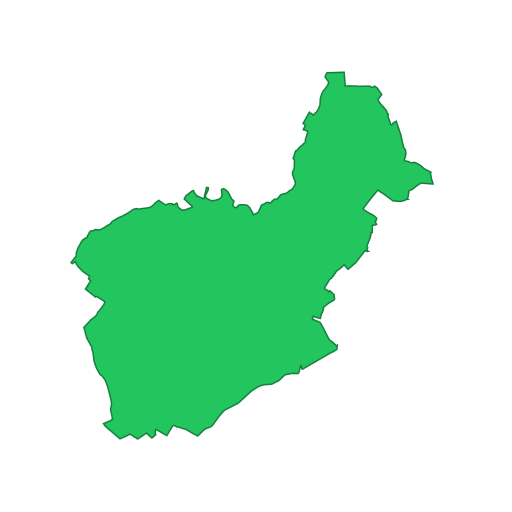 outline of Ganesti, Mures, Romania, rotated 75°
{"feature_id": "2599482B44077836388237", "entity_name": "Ganesti", "entity_type": "district", "adm_level": 2, "iso_a3": "ROU", "parent_name": "Romania", "parent_adm1": "Mures", "projection": "albers", "projection_center": [24.339, 46.342], "detail": "fine", "context": "isolated", "style": "filled", "palette": "green", "viewbox_px": 512, "rotation_deg": 75, "n_neighbors": 0, "source": "geoboundaries", "source_scale": "gbopen_adm2", "svg_char_len": 6107}
<svg xmlns="http://www.w3.org/2000/svg" viewBox="0 0 512 512"><g transform="rotate(75 256 256)"><path d="M250.7,129.7L248.1,131.3L245.7,133.4L244.1,135.4L239.3,139.8L238.0,140.3L230.0,129.9L223.8,121.2L227.0,118.7L228.2,117.4L230.6,115.4L238.2,109.4L239.6,105.4L240.2,104.3L240.3,103.8L240.2,103.5L240.6,102.4L240.8,101.0L240.7,100.4L240.8,98.4L240.6,97.3L240.3,96.5L240.5,94.4L239.9,94.9L237.0,93.2L232.6,91.3L232.1,87.8L229.8,82.6L228.6,78.9L228.5,77.8L228.3,77.6L229.1,75.5L232.3,66.3L226.6,66.5L221.1,66.0L220.4,65.3L215.1,71.1L212.2,72.8L209.4,75.3L206.9,78.2L206.4,79.1L206.5,81.1L205.9,82.6L204.7,83.7L203.9,84.8L202.9,87.3L202.2,87.6L201.5,87.6L200.4,87.3L199.1,86.1L197.0,85.4L196.4,84.8L192.3,84.1L189.1,85.4L187.3,85.1L184.6,85.2L177.1,84.7L162.1,85.7L162.9,88.5L163.4,89.6L163.8,89.8L164.3,90.6L164.1,91.4L163.9,91.8L161.3,91.9L156.3,92.4L154.4,92.1L153.6,91.6L153.1,91.6L152.1,92.2L150.5,92.3L149.0,92.6L144.8,94.4L143.3,95.4L140.1,96.8L136.5,97.8L132.7,92.8L125.2,95.4L122.6,97.5L123.6,99.3L122.3,101.1L121.1,103.0L118.8,112.5L117.7,115.3L117.4,116.9L116.6,119.2L114.9,125.8L101.3,123.3L97.4,140.0L99.4,142.0L100.1,142.5L100.8,142.8L101.7,142.7L105.8,141.1L106.5,141.0L107.5,141.2L108.4,141.6L109.8,142.8L113.0,146.7L113.3,147.4L115.0,149.3L117.0,150.9L120.7,153.2L126.2,154.9L129.1,156.8L130.5,158.1L132.5,160.1L133.7,162.6L134.8,164.5L132.7,165.5L131.7,167.1L131.0,167.3L140.1,176.2L142.6,174.4L146.1,177.6L146.5,177.4L146.8,177.0L146.6,176.6L146.9,176.1L149.1,173.9L151.0,174.7L156.7,178.4L158.5,178.6L159.2,179.3L159.4,180.2L161.0,182.8L161.9,185.1L162.5,186.2L165.0,189.9L164.7,190.5L171.4,194.9L173.1,194.0L180.4,196.1L181.3,196.4L184.2,198.8L185.5,199.4L186.9,199.6L189.7,199.4L194.5,198.9L196.2,199.2L197.3,199.8L200.1,202.9L201.2,204.6L201.4,205.3L201.4,206.3L202.8,209.2L203.1,210.2L203.2,212.8L203.1,215.2L203.2,216.2L205.5,219.4L206.4,221.1L206.0,223.8L206.6,224.7L207.1,226.1L208.4,228.0L208.4,228.7L207.4,230.4L207.0,232.3L207.8,234.1L208.1,237.0L208.5,237.7L213.4,241.6L214.3,242.5L214.6,243.3L215.2,246.2L215.4,248.0L213.5,248.0L212.5,248.2L211.3,248.7L208.2,249.4L207.1,249.9L206.1,250.5L204.7,251.5L204.3,252.0L202.6,257.0L202.4,258.4L202.4,259.4L202.6,260.0L204.1,262.3L204.1,263.2L203.5,264.0L202.3,264.9L201.2,265.2L200.3,265.2L197.5,263.1L197.1,263.2L194.5,264.8L187.4,266.3L185.7,267.2L183.7,268.5L183.0,269.4L182.6,270.3L182.5,271.1L182.7,271.7L183.0,272.2L184.9,272.6L188.1,272.9L189.0,273.4L190.4,274.5L191.3,275.9L191.4,276.6L191.7,280.1L191.6,281.9L191.4,283.4L191.1,284.4L190.2,285.9L187.8,288.6L186.8,289.1L185.8,289.3L184.9,289.2L184.1,288.9L180.7,285.8L179.6,285.0L177.7,284.4L177.0,286.2L179.5,287.3L184.6,290.2L187.2,291.4L186.5,292.8L182.8,297.2L183.0,297.6L178.8,299.1L176.5,299.5L176.6,300.7L179.6,307.9L182.3,310.6L192.1,304.5L192.5,305.6L192.8,307.4L192.6,308.6L193.1,312.1L193.1,314.5L192.7,314.5L192.6,315.3L191.6,316.4L189.6,318.0L188.5,318.6L187.4,318.8L185.8,318.5L184.4,318.8L184.7,320.3L185.3,321.2L185.2,321.8L184.7,323.2L184.0,323.2L183.2,325.5L183.0,326.1L183.1,330.4L177.0,335.6L178.9,340.0L179.4,340.8L179.8,341.0L180.3,341.6L180.5,342.8L180.9,343.4L181.5,345.4L181.6,347.4L180.8,352.9L180.5,356.6L180.3,357.2L179.7,358.3L179.3,359.3L179.2,360.1L179.2,362.0L179.5,363.4L180.8,366.9L181.6,369.4L183.2,376.3L183.3,378.5L185.2,385.2L185.6,386.2L187.5,388.9L188.1,391.9L188.9,394.1L189.5,396.0L189.8,397.6L190.3,398.9L190.4,399.5L190.0,401.4L190.0,402.6L189.4,402.9L189.1,403.8L188.8,404.7L189.2,405.3L189.4,406.9L189.1,408.6L189.2,409.7L190.3,411.1L191.4,411.5L191.5,411.9L192.5,413.2L194.2,414.3L194.5,414.7L194.6,416.4L195.5,418.3L195.5,419.0L197.5,421.5L198.4,422.1L200.9,424.7L201.5,425.1L202.6,426.4L203.6,426.6L204.2,427.3L206.5,428.8L207.6,429.2L208.6,429.2L209.3,429.6L209.8,430.1L214.4,436.3L215.9,435.5L215.3,433.7L214.9,431.9L216.3,431.8L216.9,431.5L217.5,431.6L219.8,430.6L220.2,430.6L222.5,429.4L227.1,426.5L229.6,424.4L232.2,422.0L234.8,423.7L237.1,422.1L243.8,429.3L254.2,421.6L253.7,420.5L261.1,413.7L261.6,413.9L262.4,414.8L263.4,415.3L265.0,417.6L265.6,417.9L269.6,423.6L271.4,424.8L273.1,427.4L274.8,431.8L278.3,437.3L280.3,440.7L291.5,440.7L302.0,438.1L302.5,438.1L303.3,438.6L307.6,438.5L315.6,439.6L318.6,439.5L323.0,439.1L329.9,437.4L330.3,437.2L331.5,436.0L336.2,434.0L338.3,433.6L344.1,433.1L358.5,433.3L362.4,434.1L366.7,436.3L371.2,436.4L376.7,436.9L376.8,437.9L377.4,439.2L378.4,446.7L380.8,445.9L382.8,444.7L397.4,434.7L396.2,427.2L395.4,424.1L397.8,421.4L399.7,420.1L400.3,419.2L402.0,417.9L402.1,417.4L398.7,407.6L403.9,404.4L404.6,403.9L404.7,403.3L402.6,399.0L401.5,399.2L400.9,399.2L397.4,397.8L397.4,397.7L406.4,388.6L398.6,380.6L398.6,378.4L400.3,377.0L402.3,373.3L403.7,371.4L404.9,369.1L405.8,368.1L410.9,363.1L413.8,359.9L414.6,359.2L414.6,358.7L413.7,356.9L410.6,351.5L409.8,349.3L409.4,344.5L409.1,343.5L408.3,341.8L401.2,333.1L397.3,327.2L396.8,326.1L394.5,316.1L393.9,312.4L392.7,309.6L385.4,295.7L382.9,288.2L382.6,286.2L382.4,282.7L382.5,281.0L383.8,274.7L383.7,272.5L383.1,270.5L382.4,266.7L382.2,265.9L378.8,259.9L378.1,258.1L378.5,257.2L378.4,255.6L378.6,254.6L378.7,251.2L379.2,250.6L379.5,250.0L379.4,248.8L380.2,247.1L380.3,245.9L380.0,245.1L377.9,243.6L375.1,242.3L373.5,241.1L373.8,240.6L374.9,241.0L375.7,241.0L377.4,240.5L368.9,209.2L368.5,206.5L367.3,202.3L366.1,201.6L363.1,200.5L363.4,201.6L363.2,201.8L358.8,204.4L356.7,206.3L354.7,207.2L342.3,209.8L337.0,211.2L336.1,212.1L331.6,217.9L329.1,216.3L333.0,210.1L329.5,208.1L327.1,206.1L324.1,204.2L323.1,204.3L320.3,197.8L318.9,192.5L318.5,191.6L317.8,191.2L313.5,190.6L308.7,193.6L309.6,194.9L308.2,195.4L307.5,196.0L306.9,196.9L305.7,197.8L304.8,198.1L304.1,197.6L297.5,190.7L297.2,189.3L294.9,185.9L293.8,185.1L293.2,183.8L292.1,183.0L291.6,182.3L289.2,176.5L287.1,173.0L288.9,172.4L291.3,171.3L292.7,170.5L288.1,161.1L279.1,149.4L280.2,147.8L280.4,147.2L280.5,146.3L279.7,147.0L278.6,147.3L276.9,145.9L275.4,146.6L268.7,141.5L267.5,141.1L267.5,140.6L265.3,139.9L265.3,139.5L263.2,138.8L263.4,137.6L256.7,135.9L256.8,131.4L253.6,131.9L253.1,131.2L252.3,130.4L250.7,129.7Z" fill="#22c55e" stroke="#15803d" stroke-width="1.5"/></g></svg>